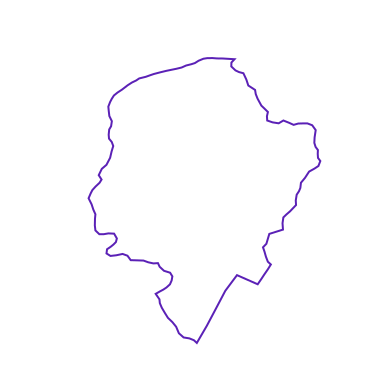 Paracuru, Ceará, Brazil, rotated 291°
{"feature_id": "56859067B64518825165882", "entity_name": "Paracuru", "entity_type": "district", "adm_level": 2, "iso_a3": "BRA", "parent_name": "Brazil", "parent_adm1": "Ceará", "projection": "robinson", "projection_center": [-39.039, -3.479], "detail": "fine", "context": "isolated", "style": "outline", "palette": "violet", "viewbox_px": 384, "rotation_deg": 291, "n_neighbors": 0, "source": "geoboundaries", "source_scale": "gbopen_adm2", "svg_char_len": 2045}
<svg xmlns="http://www.w3.org/2000/svg" viewBox="0 0 384 384"><g transform="rotate(291 192 192)"><path d="M331.2,184.1L327.7,173.0L325.6,167.3L324.4,163.2L322.4,158.2L320.5,154.9L316.9,151.1L313.4,148.5L311.0,145.5L308.0,141.2L304.5,137.7L301.4,133.2L298.4,128.5L295.9,124.6L292.3,119.4L288.5,114.1L286.1,111.2L283.0,107.6L279.1,102.0L276.1,99.9L272.7,96.7L268.6,93.7L262.4,89.9L258.1,86.8L254.1,84.5L250.2,83.7L246.6,83.3L241.7,83.3L237.9,85.2L233.3,87.6L229.4,91.8L224.4,92.9L220.7,92.3L215.6,93.7L212.1,95.4L209.9,99.2L206.7,102.0L201.1,102.4L194.6,103.3L186.7,102.4L181.3,99.5L174.3,98.9L171.2,103.1L167.5,102.4L162.5,100.0L158.1,98.3L154.4,97.9L149.1,97.7L144.5,102.7L140.2,106.2L136.6,109.8L132.3,111.0L125.9,113.3L121.5,115.6L119.4,120.6L120.9,124.6L123.4,128.8L125.2,134.2L121.7,138.5L118.0,138.9L114.8,137.5L111.7,135.7L108.1,133.2L104.0,134.2L103.1,138.8L105.8,144.0L109.3,149.4L109.4,154.6L106.4,159.2L108.4,164.9L110.6,171.3L110.7,176.3L111.5,181.6L113.4,185.7L110.6,188.6L108.4,194.1L108.8,200.5L106.2,203.9L102.1,204.7L97.9,204.5L93.7,202.4L90.6,200.2L87.6,197.6L83.9,194.6L80.1,200.1L76.7,201.8L73.1,205.3L69.3,210.1L65.9,214.6L63.5,220.3L60.5,225.5L55.4,230.4L53.2,236.3L54.4,242.0L54.3,246.9L52.8,250.6L72.5,253.8L90.6,256.0L111.7,258.5L130.5,263.8L129.4,286.4L136.1,288.0L140.7,289.0L146.9,290.5L152.6,291.6L154.1,287.8L158.1,284.2L162.5,280.9L165.8,278.1L170.3,280.0L180.6,279.2L189.5,290.4L195.3,287.7L201.0,286.4L204.9,288.2L209.2,290.5L212.8,292.0L217.1,293.8L221.3,291.9L227.0,290.7L231.1,291.6L234.6,291.7L239.7,290.4L245.6,292.4L253.0,294.0L257.8,298.0L261.6,300.7L266.9,300.7L269.0,297.4L272.7,295.7L276.3,294.5L278.4,291.2L281.7,288.6L286.9,286.9L294.1,285.3L297.4,280.3L297.4,275.1L295.5,270.3L294.0,266.7L291.1,262.8L291.4,257.9L291.5,251.7L287.2,248.3L285.9,242.3L285.7,236.6L289.6,234.8L293.9,234.2L295.6,230.3L297.5,225.8L302.7,219.7L306.3,216.4L309.9,214.3L311.6,206.4L316.5,202.4L321.3,197.4L320.8,192.9L321.1,189.0L323.3,183.7L327.0,182.4L331.2,184.1Z" fill="none" stroke="#5b21b6" stroke-width="2"/></g></svg>